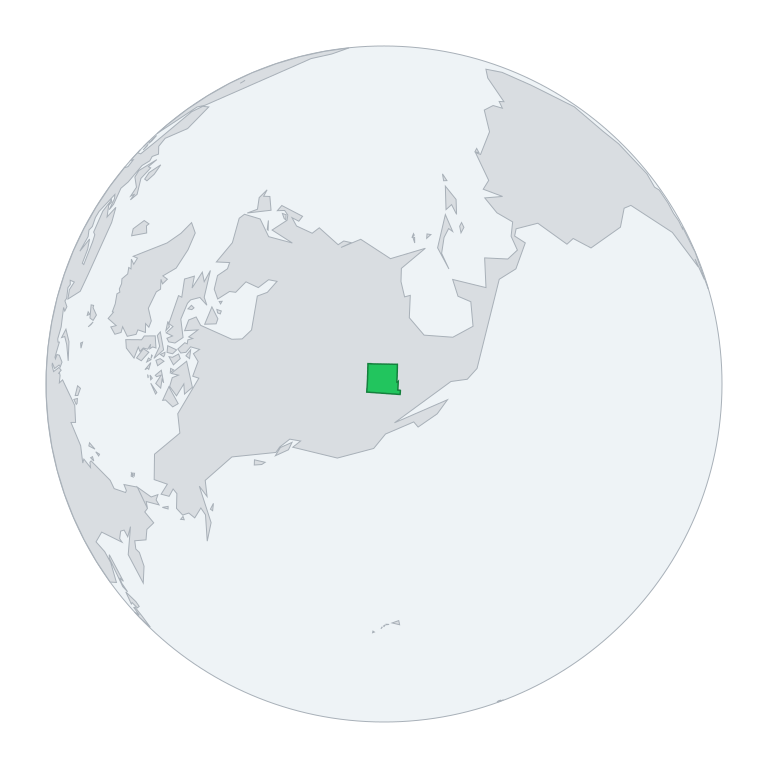 the Earth from above New Mexico, rotated 273°
{"feature_id": "USA-3524", "entity_name": "New Mexico", "entity_type": "State", "adm_level": 1, "iso_a3": "USA", "parent_name": "United States of America", "parent_adm1": "", "projection": "orthographic", "projection_center": [-107.139, 34.164], "detail": "fine", "context": "on_globe", "style": "filled", "palette": "green", "viewbox_px": 768, "rotation_deg": 273, "n_neighbors": 0, "source": "natural_earth", "source_scale": "10m", "svg_char_len": 11607}
<svg xmlns="http://www.w3.org/2000/svg" viewBox="0 0 768 768"><g transform="rotate(273 384 384)"><circle cx="384" cy="384" r="338" fill="#eef3f6" stroke="#a8b0b8"/><path d="M73.7,515.1L74.5,517.3L73.7,515.1ZM495.9,702.8L500.7,700.8L509.7,696.9L505.2,698.4L525.1,688.1L517.4,691.7L532.8,678.9L550.5,664.0L575.3,621.2L572.1,614.6L553.0,611.9L530.7,583.6L539.2,565.3L533.2,559.4L552.6,529.2L545.9,507.8L538.6,506.7L532.3,517.7L505.9,509.7L494.6,493.6L404.4,476.1L393.1,466.9L390.0,450.7L345.8,396.5L371.6,448.2L357.0,438.7L342.8,420.3L347.7,415.7L334.1,388.1L319.1,377.1L307.6,341.3L316.1,296.2L322.7,303.7L324.0,292.8L315.7,283.2L310.0,279.6L303.2,235.9L278.4,210.5L262.4,213.2L272.3,204.9L236.5,218.6L217.8,215.7L244.0,212.6L250.6,207.6L240.4,202.0L244.9,195.8L242.6,189.8L248.9,183.3L263.7,182.9L268.1,178.9L260.6,175.3L262.3,167.2L272.6,172.9L276.5,159.5L301.9,158.5L324.3,182.7L343.5,179.6L380.1,198.8L381.8,192.6L396.7,197.2L404.3,192.1L408.9,198.0L411.0,188.9L405.3,184.6L404.3,179.4L408.2,176.3L414.8,182.9L413.8,185.4L417.8,185.8L419.4,190.6L420.8,186.5L428.3,195.4L426.8,182.1L437.7,185.6L441.1,192.9L433.0,197.8L420.7,229.7L421.6,240.0L431.0,248.9L465.2,252.9L469.4,262.7L480.9,271.8L482.1,263.3L473.7,253.4L478.8,240.8L467.8,231.1L468.3,224.9L460.2,213.5L469.8,209.5L483.6,212.1L490.9,221.7L497.2,223.5L497.1,210.2L517.2,225.2L541.9,230.7L546.2,235.8L542.3,251.7L525.1,261.1L520.0,285.1L531.9,264.2L542.4,278.6L547.7,279.1L552.1,275.7L551.5,268.4L556.9,272.6L547.2,293.9L542.1,290.4L545.3,283.4L537.2,288.4L530.8,304.4L536.6,311.2L520.7,330.9L524.7,336.3L523.4,344.1L518.1,333.9L527.3,353.2L509.5,383.9L521.7,418.2L500.4,395.3L487.2,395.6L472.1,400.0L473.9,405.6L451.5,405.8L434.9,421.5L434.3,450.3L446.3,469.9L470.7,466.4L475.5,453.3L492.0,447.1L485.6,480.8L515.2,477.9L515.3,501.1L524.7,510.2L538.2,503.2L552.6,504.0L560.9,487.8L575.1,474.9L577.5,492.6L583.7,472.9L592.8,477.9L619.8,463.3L618.3,468.4L641.4,476.2L662.8,469.8L667.8,478.4L665.6,487.8L672.2,484.2L672.2,489.0L695.0,471.6L703.7,469.3L701.4,485.6L690.2,515.0L670.8,559.5L648.1,589.1L636.1,605.8L607.7,635.5L594.7,643.9L592.1,648.7L579.6,658.1L569.5,664.2L562.3,669.8L554.6,674.0L555.9,674.2L535.6,685.6L532.6,687.5L495.9,702.8ZM144.4,412.2L145.8,404.6L148.5,411.1L144.4,412.2ZM144.2,398.8L144.2,401.7L143.7,399.1L144.2,398.8ZM142.3,396.2L143.7,398.1L141.8,396.7L142.3,396.2ZM139.4,393.7L141.1,394.7L140.8,394.9L139.4,393.7ZM522.8,430.4L556.4,436.4L539.9,444.6L542.6,440.4L533.5,436.3L517.5,434.7L502.3,442.8L522.8,430.4ZM135.8,387.4L135.0,385.6L136.7,385.9L135.8,387.4ZM532.0,406.9L526.4,407.3L531.5,405.4L532.0,406.9ZM306.7,279.3L315.1,283.8L320.9,295.2L313.3,292.0L306.7,279.3ZM296.3,258.7L301.5,258.6L299.6,269.4L297.2,266.1L296.3,258.7ZM249.9,217.2L255.9,219.9L248.5,219.5L249.9,217.2ZM241.2,190.2L238.0,191.6L238.2,188.0L241.2,190.2ZM455.4,216.6L457.8,215.1L458.1,218.0L455.4,216.6ZM449.7,213.2L448.4,217.7L445.4,216.8L446.3,214.1L449.7,213.2ZM247.9,174.9L249.2,169.1L250.5,174.8L247.9,174.9ZM452.0,208.1L440.4,214.7L435.3,213.2L434.3,201.8L452.0,208.1ZM251.5,165.7L254.2,152.7L247.4,154.3L268.1,143.1L259.0,157.4L261.7,164.0L256.3,162.5L251.5,165.7ZM401.8,184.7L408.0,189.1L399.2,188.5L401.8,184.7ZM396.4,185.7L370.7,192.8L363.5,185.3L373.6,184.1L361.3,177.4L370.4,170.1L379.2,172.2L382.1,178.3L383.4,171.0L396.4,185.7ZM279.1,139.4L281.9,136.6L281.8,139.6L279.1,139.4ZM403.2,177.3L398.7,179.2L392.1,172.7L400.0,167.9L399.6,171.4L403.2,177.3ZM353.6,179.5L350.1,174.2L356.6,166.7L356.1,163.8L370.0,169.3L353.6,179.5ZM403.1,171.3L404.2,165.7L410.9,166.0L407.2,175.1L403.1,171.3ZM387.1,173.2L384.3,170.0L388.4,170.1L387.1,173.2ZM435.2,164.9L429.9,166.7L426.0,163.4L435.2,164.9ZM404.2,163.6L401.9,163.5L399.7,162.6L401.8,159.1L404.2,163.6ZM373.6,163.9L377.0,162.1L368.2,161.2L372.6,156.0L381.1,160.9L379.4,156.6L380.7,155.1L386.1,160.9L373.6,163.9ZM397.5,152.9L409.9,158.0L420.6,155.1L424.3,157.9L406.5,162.1L397.5,152.9ZM390.4,157.0L395.7,155.0L397.6,159.1L395.2,163.1L390.4,157.0ZM372.6,151.0L363.6,157.6L362.0,156.4L372.6,151.0ZM400.3,151.1L397.2,150.0L400.8,150.4L400.3,151.1ZM380.7,149.9L377.7,152.3L376.0,150.8L380.7,149.9ZM393.6,145.9L397.6,147.4L396.1,150.0L393.6,145.9ZM387.4,147.0L385.8,144.5L393.2,150.0L386.3,148.3L387.4,147.0ZM379.6,148.1L377.6,148.1L381.1,147.4L379.6,148.1ZM397.1,135.5L406.7,141.9L403.4,147.5L394.5,140.4L397.1,135.5ZM717.8,331.5L710.8,314.5L705.1,294.0L697.6,279.3L653.0,190.7L650.9,182.9L624.1,146.7L622.1,144.3L631.3,153.7L647.7,172.7L662.6,192.8L676.1,214.0L687.9,236.1L698.0,259.1L706.4,282.7L713.0,306.9L717.8,331.5ZM587.6,114.3L586.3,113.3L587.7,117.0L594.8,121.9L594.0,119.3L595.0,120.1L597.2,121.8L602.1,125.9L605.1,128.4L602.0,125.9L601.1,129.0L615.6,145.1L645.8,177.6L651.8,188.5L651.5,194.5L628.8,174.5L617.9,152.6L609.6,146.6L601.8,146.8L599.1,140.6L594.6,138.4L589.5,130.9L572.4,118.0L565.7,111.0L549.4,104.6L543.7,100.5L555.0,105.2L559.2,105.3L541.4,90.4L535.2,87.1L526.0,84.5L522.3,81.3L515.7,80.8L500.7,73.3L513.4,82.4L503.0,81.0L488.8,76.4L487.6,77.9L510.8,85.6L517.9,87.4L520.5,86.1L542.0,94.2L550.2,99.9L536.3,98.7L546.4,107.0L531.1,103.6L477.9,82.8L460.7,75.8L452.3,63.9L461.8,64.9L469.6,69.4L471.2,65.2L466.9,65.5L463.7,63.3L453.0,62.6L450.3,61.0L444.6,63.3L440.1,61.4L443.7,60.0L424.0,58.6L412.0,55.8L408.8,56.3L408.8,57.6L393.6,54.0L391.9,54.6L396.3,55.9L395.8,58.2L389.0,61.3L384.1,59.8L385.9,58.5L382.2,54.2L387.7,51.7L385.0,51.6L379.1,53.4L383.5,58.5L380.9,60.9L377.3,58.2L378.4,59.3L375.5,60.1L368.1,59.7L371.3,62.8L346.4,76.3L329.5,78.0L329.2,73.4L306.5,84.3L289.3,87.3L293.3,88.2L285.2,95.3L290.5,94.4L291.9,95.5L273.5,115.6L265.4,120.0L262.1,131.6L264.1,132.3L270.0,129.6L268.1,143.1L247.4,154.3L243.7,151.8L233.3,161.3L226.4,154.8L215.9,154.5L214.4,143.3L206.2,144.8L203.0,148.5L189.5,153.9L172.6,154.0L200.2,137.5L228.3,138.3L218.0,136.1L224.5,132.1L223.3,128.7L215.7,128.1L212.3,130.7L221.3,109.8L211.3,104.7L201.9,113.9L191.4,120.4L171.8,127.2L171.9,120.9L191.8,106.1L212.8,92.7L234.7,80.9L257.4,70.7L280.8,62.2L304.7,55.5L329.1,50.6L353.8,47.4L378.6,46.1L403.5,46.6L428.2,49.0L452.8,53.1L476.9,59.1L500.6,66.8L523.6,76.3L545.8,87.4L567.2,100.1L587.6,114.3ZM676.8,224.7L680.0,229.4L676.8,224.7ZM620.6,462.6L624.1,464.2L620.0,466.7L620.6,462.6ZM539.0,453.0L545.5,451.3L549.3,453.0L544.6,455.6L539.0,453.0ZM590.1,432.9L596.9,431.4L590.4,436.2L590.1,432.9ZM561.4,436.8L584.8,434.9L572.1,446.3L557.2,447.6L566.7,442.1L561.4,436.8ZM531.7,419.0L536.1,419.1L535.7,423.0L531.7,419.0ZM535.7,405.6L534.2,406.4L531.5,404.2L535.7,405.6ZM542.9,277.3L543.9,275.7L549.0,273.6L547.9,277.4L542.9,277.3ZM563.6,249.6L571.8,257.1L565.2,254.0L565.3,260.2L551.6,262.1L547.6,238.5L551.9,248.5L563.6,249.6ZM532.2,259.3L541.3,260.0L531.5,260.2L532.2,259.3ZM574.5,136.6L576.1,134.3L582.8,138.3L591.2,149.6L581.5,143.6L574.5,136.6ZM576.6,130.5L560.5,127.5L554.6,121.1L560.6,125.0L558.3,121.1L567.5,126.5L577.7,124.4L584.3,128.0L596.2,145.4L588.7,137.3L587.6,139.7L576.6,130.5ZM529.5,138.5L522.4,139.1L518.8,124.2L525.9,125.4L534.7,136.0L531.6,140.9L529.5,138.5ZM452.5,187.6L450.1,190.3L448.2,188.2L448.8,184.3L452.5,187.6ZM433.1,166.0L461.5,174.2L460.1,177.5L478.4,179.3L481.8,189.0L469.8,187.3L486.2,196.7L476.8,199.1L488.3,204.7L461.2,199.9L453.4,203.0L460.8,195.6L457.9,186.5L454.3,183.5L438.1,177.7L419.9,180.9L414.0,173.1L414.8,166.8L418.3,164.8L420.9,170.3L423.7,163.8L430.3,170.3L433.1,166.0ZM426.7,108.2L428.3,113.5L435.0,105.1L441.6,110.1L441.9,108.9L449.9,111.4L460.1,112.6L461.9,115.4L465.1,114.7L470.4,116.7L475.4,116.8L480.5,122.3L487.0,123.0L485.7,125.3L495.5,125.2L490.5,127.8L496.8,131.2L498.4,126.9L513.5,160.0L523.8,173.3L535.1,183.4L524.9,187.6L507.7,181.2L488.9,170.4L480.4,157.5L477.3,162.2L472.4,157.6L476.9,155.8L467.0,155.9L464.1,151.8L447.3,144.7L434.8,148.3L428.4,146.2L431.8,142.7L423.0,143.1L425.2,135.4L420.6,133.8L418.2,125.1L427.5,120.0L421.7,118.7L419.6,112.6L426.7,108.2ZM396.8,133.0L406.4,124.8L414.8,123.8L415.5,139.6L419.4,142.1L420.1,153.0L408.0,154.4L408.9,151.1L406.9,148.2L411.5,148.9L406.4,146.3L407.4,141.7L403.8,138.6L407.9,136.7L396.8,133.0ZM614.1,136.5L614.9,137.4L612.4,135.0L608.6,131.5L614.1,136.5ZM614.7,139.5L611.8,136.4L617.8,141.0L620.3,143.9L614.7,139.5ZM605.1,131.3L611.2,135.9L609.4,135.1L605.1,131.3ZM551.7,102.6L548.0,99.8L549.6,100.0L554.0,102.1L551.7,102.6ZM447.7,87.4L447.3,89.9L445.0,89.5L437.8,93.2L432.3,90.2L434.5,86.9L447.7,87.4ZM440.6,84.8L438.2,86.5L437.0,84.0L440.6,84.8ZM428.0,88.3L425.6,85.6L430.8,90.3L428.0,88.3ZM390.6,67.4L406.7,65.1L414.7,62.7L413.5,59.6L422.1,63.5L409.8,67.2L390.6,67.4ZM352.4,75.1L353.5,78.6L348.5,78.5L347.5,77.7L352.4,75.1ZM356.3,76.2L366.2,78.1L363.8,81.1L356.5,78.9L356.3,76.2ZM403.9,79.5L409.0,78.9L410.0,80.8L403.9,79.5ZM72.2,513.8L74.9,519.9L73.2,516.4L72.2,513.8ZM74.5,517.3L72.4,513.4L73.7,515.1L74.5,517.3ZM143.2,146.9L139.4,151.0L142.7,148.0L140.4,151.7L147.7,145.9L148.1,147.0L139.4,154.7L128.9,163.4L137.9,152.4L138.1,152.2L143.2,146.9ZM151.1,143.2L162.9,137.0L153.7,147.6L149.1,151.2L147.5,149.4L152.5,143.9L151.1,143.2ZM163.1,138.8L168.0,133.7L195.7,118.8L199.2,118.6L173.3,134.1L176.6,130.3L171.4,132.5L163.1,138.8ZM278.7,136.3L281.6,136.5L278.0,138.3L278.7,136.3ZM295.0,94.9L296.2,96.7L291.9,98.2L295.0,94.9ZM297.2,102.8L301.2,99.7L299.0,103.6L297.2,102.8ZM309.9,93.0L303.8,98.8L306.7,92.5L309.9,93.0Z" fill="#d9dde1" stroke="#a8b0b8" stroke-width="1"/><path d="M379.0,398.0L378.9,398.0L378.7,398.0L378.6,398.3L378.6,398.5L378.6,398.8L378.6,399.0L378.6,399.3L378.6,399.5L378.6,399.8L378.6,400.0L378.6,400.3L378.6,400.5L378.4,400.7L378.2,400.7L377.9,400.7L377.7,400.7L377.3,400.7L377.1,400.7L376.9,400.7L376.6,400.7L376.4,400.7L376.2,400.7L375.8,400.7L375.6,400.7L375.4,400.6L375.1,400.6L374.9,400.6L374.7,400.6L374.4,400.6L374.4,399.6L374.4,398.5L374.4,397.5L374.5,396.4L374.5,395.4L374.5,394.3L374.5,393.3L374.5,392.3L374.6,391.2L374.6,390.2L374.6,389.1L374.6,388.1L374.6,387.0L374.7,386.0L374.7,384.9L374.7,383.9L374.7,382.9L374.7,381.8L374.8,380.8L374.8,379.7L374.8,378.7L374.8,377.6L374.8,376.6L374.9,375.5L374.9,374.5L374.9,373.5L374.9,372.4L374.9,371.4L375.0,370.3L375.0,369.3L375.0,368.2L375.0,367.2L375.9,367.2L376.8,367.2L377.7,367.2L378.6,367.2L379.5,367.3L380.4,367.3L381.2,367.3L382.1,367.3L383.0,367.3L383.9,367.3L384.8,367.3L385.7,367.3L386.6,367.3L387.5,367.3L388.4,367.3L389.3,367.3L390.1,367.2L391.0,367.2L391.9,367.2L392.8,367.2L393.7,367.2L394.6,367.2L395.5,367.1L396.4,367.1L397.3,367.1L398.1,367.1L399.0,367.0L399.9,367.0L400.8,367.0L401.7,367.0L402.6,366.9L403.5,366.9L403.5,367.6L403.5,368.4L403.6,369.1L403.6,369.8L403.4,369.8L403.4,370.1L403.5,370.9L403.5,371.8L403.5,372.6L403.5,373.4L403.6,374.2L403.6,375.0L403.6,375.9L403.7,376.7L403.7,377.5L403.7,378.3L403.8,379.1L403.8,380.0L403.8,380.8L403.8,381.6L403.9,382.4L403.9,383.2L403.9,384.1L404.0,384.9L404.0,385.7L404.0,386.5L404.1,387.3L404.1,388.1L404.1,389.0L404.1,389.8L404.2,390.6L404.2,391.4L404.2,392.2L404.2,393.1L404.3,393.9L404.3,394.7L404.3,395.5L404.4,396.3L403.2,396.4L402.1,396.4L401.0,396.5L399.9,396.5L398.8,396.5L397.7,396.6L396.6,396.6L395.5,396.6L394.4,396.6L393.3,396.7L392.2,396.7L391.0,396.7L389.9,396.7L388.8,396.7L387.7,396.7L386.6,396.7L386.4,396.8L386.5,397.1L386.5,397.3L386.7,397.6L386.7,397.8L386.8,397.8L387.2,398.1L386.9,398.1L386.6,398.1L386.4,398.1L386.1,398.1L385.9,398.1L385.7,398.1L385.4,398.1L385.2,398.1L384.8,398.1L384.7,398.1L384.4,398.1L384.2,398.1L383.9,398.1L383.7,398.1L383.4,398.1L383.1,398.1L382.9,398.1L382.6,398.1L382.4,398.1L382.2,398.1L381.8,398.1L381.7,398.1L381.3,398.1L381.2,398.1L380.9,398.1L380.7,398.1L380.4,398.1L380.2,398.1L379.9,398.1L379.6,398.1L379.4,398.0L379.1,398.0L379.0,398.0Z" fill="#22c55e" stroke="#15803d" stroke-width="1.5"/></g></svg>